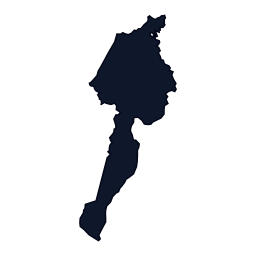 Agios Theodoros Tillrias, Nicosia, Cyprus (Albers equal-area conic projection)
{"feature_id": "46923920B30887699565721", "entity_name": "Agios Theodoros Tillrias", "entity_type": "district", "adm_level": 2, "iso_a3": "CYP", "parent_name": "Cyprus", "parent_adm1": "Nicosia", "projection": "albers", "projection_center": [32.636, 35.157], "detail": "fine", "context": "isolated", "style": "filled", "palette": "ink", "viewbox_px": 256, "rotation_deg": 0, "n_neighbors": 0, "source": "geoboundaries", "source_scale": "gbopen_adm2", "svg_char_len": 2200}
<svg xmlns="http://www.w3.org/2000/svg" viewBox="0 0 256 256"><path d="M164.6,15.4L164.1,15.7L161.5,15.8L160.3,17.1L157.2,18.2L156.8,19.1L154.0,19.2L151.6,17.6L149.5,15.9L147.9,17.1L148.3,19.2L147.7,21.6L143.9,25.0L140.9,28.7L138.3,28.9L136.5,30.8L134.3,30.2L131.5,33.3L128.2,34.7L124.7,33.7L122.9,32.7L120.6,34.2L117.0,34.0L114.7,42.0L108.7,52.3L100.6,67.2L98.3,71.0L97.0,75.7L91.1,82.3L89.4,83.2L89.9,85.0L91.2,86.0L92.9,86.0L94.5,87.4L94.5,88.6L95.2,89.8L96.2,90.9L98.4,92.1L99.6,92.6L97.7,94.8L99.2,97.4L99.5,99.1L101.1,99.9L101.6,103.2L100.8,104.7L104.5,102.3L106.1,103.2L110.8,104.4L114.9,103.2L116.7,106.0L116.3,109.6L120.5,112.2L118.2,115.0L116.0,114.9L113.9,118.9L115.6,124.5L116.0,127.0L115.5,128.7L114.2,129.1L114.1,131.0L113.4,133.2L109.7,137.7L110.9,141.1L112.2,142.1L110.0,145.0L109.3,148.5L109.5,150.4L108.0,151.7L109.0,152.9L110.7,154.0L107.2,157.8L96.1,200.9L85.4,204.4L85.0,208.5L83.7,210.2L83.5,212.8L80.2,218.4L79.9,222.9L80.3,226.5L83.8,229.2L89.3,234.9L98.5,240.6L100.2,238.9L98.7,235.2L102.5,227.7L105.6,222.0L105.6,217.6L105.4,213.4L105.6,210.1L106.7,205.9L110.5,202.0L112.6,196.6L116.0,193.0L118.5,191.7L119.8,188.3L121.9,185.9L124.7,182.1L126.0,179.2L128.9,177.4L133.5,173.8L136.4,166.8L137.1,161.8L137.4,155.6L137.4,150.2L138.7,147.3L139.2,143.9L135.8,140.3L133.3,140.0L132.2,135.1L130.4,131.0L130.7,128.1L131.5,125.5L133.5,122.4L133.8,117.5L138.2,117.2L142.0,120.3L144.4,124.0L147.7,124.5L150.8,124.2L152.6,122.1L156.5,120.1L160.9,118.0L164.0,114.1L164.0,109.4L164.5,105.6L167.9,103.5L166.0,99.3L167.6,96.5L165.3,93.9L168.4,91.5L171.7,90.3L174.8,91.5L176.1,89.2L174.6,86.1L175.9,83.5L173.3,79.1L171.7,75.0L173.0,71.8L169.3,70.3L170.2,68.0L168.8,65.9L166.0,64.7L164.4,63.9L163.2,60.2L161.2,59.9L160.1,56.2L158.9,54.1L158.6,52.2L160.1,50.8L158.9,47.8L156.9,46.1L158.4,44.5L159.6,42.4L159.2,40.7L155.6,39.6L154.6,36.9L155.0,35.2L155.0,34.6L153.4,35.1L152.8,37.8L152.0,37.3L150.1,34.5L150.4,33.0L151.0,32.5L153.8,33.8L154.6,32.9L156.1,36.7L157.3,36.2L156.1,33.0L155.3,32.0L155.0,30.7L159.2,32.2L159.0,30.8L159.2,30.0L160.2,30.1L160.0,27.5L163.0,27.3L164.9,24.8L164.3,24.0L164.3,20.4L164.2,19.4L165.4,17.9L164.6,15.4Z" fill="#0f172a" stroke="#020617" stroke-width="1.5"/></svg>